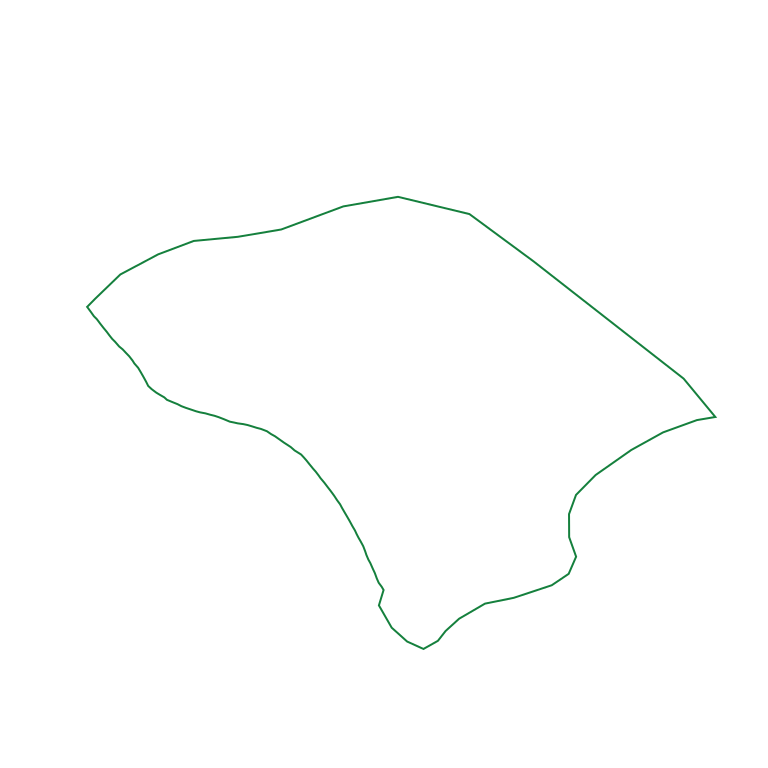 Grande Riviere/White Rock, Gros Islet, Saint Lucia (Robinson projection), rotated 128°
{"feature_id": "8701671B44431410980873", "entity_name": "Grande Riviere/White Rock", "entity_type": "district", "adm_level": 2, "iso_a3": "LCA", "parent_name": "Saint Lucia", "parent_adm1": "Gros Islet", "projection": "robinson", "projection_center": [-60.954, 14.036], "detail": "fine", "context": "isolated", "style": "outline", "palette": "green", "viewbox_px": 768, "rotation_deg": 128, "n_neighbors": 0, "source": "geoboundaries", "source_scale": "gbopen_adm2", "svg_char_len": 1630}
<svg xmlns="http://www.w3.org/2000/svg" viewBox="0 0 768 768"><g transform="rotate(128 384 384)"><path d="M206.0,102.6L195.3,151.2L195.3,247.9L195.3,292.5L195.3,342.0L197.5,421.3L227.9,488.2L269.1,525.4L325.5,560.1L358.0,589.8L388.4,622.0L420.9,641.8L460.0,659.2L494.7,664.1L506.0,665.4L507.5,660.0L509.2,654.3L509.7,650.2L511.2,644.7L512.4,639.9L513.6,634.5L514.7,630.5L515.8,626.0L516.3,621.9L517.5,615.8L517.6,611.3L518.4,606.2L519.0,601.9L520.4,596.4L521.5,593.4L522.6,587.7L524.5,582.8L526.8,577.2L528.7,572.8L530.7,568.6L531.1,563.9L531.0,558.1L530.5,553.9L529.8,548.9L530.1,545.3L528.3,538.8L527.0,534.3L526.2,530.0L524.8,525.5L522.7,519.6L521.2,515.3L519.6,511.5L517.1,506.7L515.2,502.0L513.4,498.0L511.9,493.8L510.3,488.5L508.6,482.3L506.6,478.3L505.1,475.1L502.2,470.1L500.3,466.2L498.4,461.3L496.9,457.3L495.2,453.4L493.3,447.2L493.0,442.2L492.3,437.8L492.1,433.7L491.8,426.9L491.4,422.4L491.1,418.6L491.4,413.6L490.6,405.9L491.2,402.2L492.0,398.0L493.0,393.9L494.4,387.7L495.1,383.9L496.3,379.3L497.3,376.0L498.5,370.3L499.9,365.0L501.2,359.9L502.7,354.6L504.5,349.3L505.8,344.6L507.4,341.0L509.3,336.3L511.2,331.5L513.1,326.8L515.5,321.3L517.3,316.7L519.1,313.2L520.8,309.5L522.5,305.3L524.6,300.5L527.5,295.7L529.5,292.7L532.0,288.2L533.5,284.6L536.5,279.0L538.7,274.7L541.7,269.9L543.9,265.8L545.2,261.0L546.6,257.5L561.6,251.7L571.3,227.9L572.7,207.2L568.5,189.8L553.2,183.4L540.7,183.4L522.7,180.3L494.9,169.2L472.6,150.1L439.3,127.9L419.9,121.6L401.8,126.3L390.7,143.8L372.6,158.1L353.2,164.4L325.4,161.2L283.7,148.5L250.3,134.3L219.8,115.2L206.0,102.6Z" fill="none" stroke="#15803d" stroke-width="2"/></g></svg>